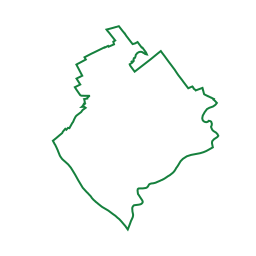 the district of Vadeni, Braila, Romania, rotated 127°
{"feature_id": "2599482B78618154614063", "entity_name": "Vadeni", "entity_type": "district", "adm_level": 2, "iso_a3": "ROU", "parent_name": "Romania", "parent_adm1": "Braila", "projection": "orthographic", "projection_center": [27.924, 45.353], "detail": "fine", "context": "isolated", "style": "outline", "palette": "green", "viewbox_px": 256, "rotation_deg": 127, "n_neighbors": 0, "source": "geoboundaries", "source_scale": "gbopen_adm2", "svg_char_len": 4803}
<svg xmlns="http://www.w3.org/2000/svg" viewBox="0 0 256 256"><g transform="rotate(127 128 128)"><path d="M108.4,207.4L111.1,201.7L113.8,196.0L119.5,198.9L122.0,192.3L127.4,195.0L128.2,192.9L130.5,186.0L130.4,185.2L130.2,184.6L129.3,183.3L125.7,178.4L125.9,178.2L128.1,178.6L128.7,178.6L129.0,178.3L129.4,178.7L131.3,180.4L131.4,180.2L133.6,177.8L134.5,177.8L134.5,177.0L136.4,177.3L136.4,177.6L137.0,177.5L138.4,177.5L138.9,177.6L137.9,176.4L137.5,175.6L137.4,175.1L137.4,174.0L141.1,175.1L143.4,175.0L147.3,176.1L149.1,176.6L150.4,176.7L153.5,176.2L156.2,175.5L157.7,175.5L163.4,174.7L164.0,176.0L166.5,176.2L166.4,177.6L169.7,177.8L170.1,177.8L171.7,177.5L175.0,178.3L179.5,179.3L183.4,180.3L184.6,177.7L184.8,177.3L185.0,176.9L185.3,175.9L185.9,174.8L186.7,173.2L187.4,172.0L187.9,171.0L188.8,169.6L190.4,166.9L191.1,165.8L191.7,164.2L192.4,161.9L192.6,159.9L192.7,158.3L193.1,153.8L193.7,151.4L193.9,150.5L194.1,149.7L194.3,149.2L195.3,146.6L195.5,146.1L197.1,142.1L198.7,138.5L199.6,136.5L203.0,128.1L203.2,126.9L203.4,125.8L203.9,123.2L204.1,122.0L204.2,120.9L204.4,119.9L204.5,119.5L204.9,116.9L205.2,115.9L205.6,114.9L206.1,112.3L206.2,110.9L206.3,109.5L206.4,109.4L206.4,108.9L206.4,107.0L206.5,106.5L206.5,105.8L206.6,102.4L206.6,101.1L206.0,95.8L205.8,94.0L205.8,90.1L205.8,89.0L205.8,88.0L205.7,85.3L205.8,84.2L206.0,82.1L206.0,80.7L206.1,79.8L206.5,77.6L206.8,76.1L207.0,75.3L207.2,74.4L207.4,73.5L207.8,71.6L208.0,70.8L208.5,69.4L208.7,68.7L208.9,68.1L209.0,67.8L209.2,67.1L208.8,67.2L208.3,67.3L207.2,67.7L206.7,67.8L203.9,68.6L203.2,68.8L200.7,69.6L199.8,69.8L197.8,70.2L196.2,70.6L194.8,71.3L194.0,71.9L192.0,74.2L189.7,76.2L188.8,76.7L187.4,76.9L186.1,76.7L185.2,75.8L182.8,73.3L181.4,72.1L181.2,72.0L180.6,71.7L180.1,71.6L179.7,71.5L179.4,71.5L178.9,71.5L178.5,71.6L178.0,71.9L177.3,72.9L175.7,77.4L175.2,78.7L174.7,80.3L173.5,81.5L172.1,82.8L170.9,83.4L170.0,83.2L168.7,81.7L167.3,79.8L165.1,77.6L163.8,77.0L162.7,76.9L160.4,77.2L159.4,76.8L158.3,76.0L156.9,74.5L154.9,72.9L154.6,72.8L153.7,72.3L153.1,71.9L152.8,71.8L152.2,71.4L151.8,71.2L151.3,70.9L150.8,70.6L150.4,70.4L149.8,70.1L149.4,69.9L149.1,69.7L148.7,69.4L148.4,69.3L148.1,69.2L147.8,69.0L147.7,69.0L147.6,68.9L147.2,68.7L146.8,68.6L146.4,68.4L145.9,68.2L145.5,68.1L145.1,67.9L144.9,67.9L144.6,67.8L144.2,67.6L143.8,67.5L143.5,67.4L143.2,67.3L142.8,67.2L142.7,67.1L142.3,67.0L141.9,66.8L141.6,66.7L141.2,66.5L140.8,66.3L140.3,66.2L139.9,66.0L139.6,66.0L139.2,65.9L138.9,65.8L138.6,65.7L138.2,65.6L137.8,65.5L137.4,65.4L137.0,65.3L136.8,65.3L136.5,65.2L136.0,65.1L135.7,65.1L135.4,65.1L135.2,65.1L134.7,65.0L134.4,65.0L134.1,65.1L133.9,65.1L133.6,65.1L133.0,65.1L132.4,65.2L132.2,65.2L131.6,65.3L131.1,65.4L129.1,65.4L128.1,65.5L127.8,65.5L123.1,66.0L122.8,66.0L119.6,65.6L115.2,64.0L111.5,61.4L104.8,55.3L101.8,53.1L99.2,51.6L97.0,50.6L92.4,48.6L89.5,51.9L87.9,52.8L85.3,52.6L81.4,51.2L79.9,51.2L79.4,52.2L79.1,52.7L79.1,52.9L78.7,54.8L78.9,57.1L79.0,58.0L78.7,59.7L77.7,61.5L77.1,62.4L75.7,62.7L74.2,63.5L73.2,64.9L72.9,65.4L73.1,66.7L73.7,67.9L75.0,68.0L76.1,68.8L76.8,70.0L77.1,71.7L76.7,73.2L75.5,74.6L73.0,75.8L71.9,75.9L69.3,76.3L65.4,76.3L62.9,75.2L59.8,73.1L57.8,72.4L57.0,72.2L56.2,72.1L55.1,72.1L54.5,72.1L54.2,73.8L53.9,75.5L53.9,76.8L53.1,76.9L53.5,78.5L53.5,78.9L53.7,80.0L53.8,80.1L54.1,81.7L54.4,83.3L54.5,83.3L55.2,87.3L55.2,87.5L54.1,89.0L53.4,89.8L51.9,91.7L52.0,91.7L51.6,92.2L51.2,92.7L57.0,96.4L56.9,96.5L56.9,96.9L57.1,97.3L57.1,97.6L57.0,98.3L57.1,99.0L57.0,99.4L56.9,99.5L56.7,99.6L56.6,99.8L56.5,100.3L56.4,100.5L56.3,100.8L56.2,100.9L56.1,101.6L58.0,102.7L59.1,103.3L60.0,103.8L59.4,106.0L57.8,111.6L57.2,113.5L55.5,119.7L54.2,123.5L53.3,125.9L53.1,126.7L52.9,127.4L51.7,131.5L50.8,134.7L49.0,140.7L48.7,141.6L47.5,145.9L46.8,148.1L49.8,148.9L59.2,151.2L59.6,151.3L79.0,156.6L77.2,162.7L76.8,163.9L76.1,165.0L75.5,164.8L75.2,164.7L74.7,164.5L74.5,164.4L74.0,164.2L73.5,164.0L72.9,164.0L72.7,165.0L72.4,164.9L72.3,163.9L72.0,163.9L70.9,163.8L70.1,164.8L69.5,164.9L68.9,165.3L68.6,165.3L67.8,164.7L67.4,164.8L66.3,165.1L65.3,165.6L64.7,165.8L63.6,165.7L62.7,165.7L62.1,165.5L61.0,165.0L60.7,164.9L59.9,164.2L59.6,163.8L59.0,162.9L58.7,161.8L58.8,161.0L58.5,160.1L58.6,159.7L58.6,159.1L58.5,158.8L58.4,158.5L58.3,158.2L58.2,158.0L58.1,157.6L57.9,157.2L56.8,159.2L56.7,159.6L55.8,162.6L55.4,163.9L55.3,164.3L55.2,164.5L55.1,165.0L55.2,165.3L55.5,165.5L53.6,172.1L56.1,173.2L56.5,173.5L58.2,174.8L57.8,176.4L55.5,184.7L55.1,185.8L54.7,186.8L54.8,186.8L54.0,189.6L54.0,189.9L52.2,196.6L57.0,200.2L59.7,202.3L62.3,204.4L62.7,203.1L63.3,200.4L64.0,197.8L64.3,196.7L65.8,190.9L67.9,191.7L69.6,189.5L74.7,192.4L74.4,193.3L77.8,195.0L77.7,195.3L88.7,200.9L90.0,201.6L90.8,202.0L97.7,205.3L98.1,204.4L98.7,202.9L105.6,206.1L107.7,207.1L108.4,207.4Z" fill="none" stroke="#15803d" stroke-width="2"/></g></svg>